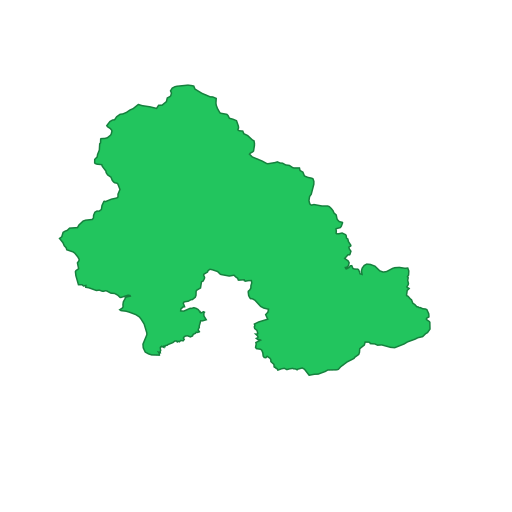 Tran Yen, Yên Bái, Vietnam, rotated 113°
{"feature_id": "81297802B887089272157", "entity_name": "Tran Yen", "entity_type": "district", "adm_level": 2, "iso_a3": "VNM", "parent_name": "Vietnam", "parent_adm1": "Yên Bái", "projection": "natural_earth1", "projection_center": [104.812, 21.705], "detail": "fine", "context": "isolated", "style": "filled", "palette": "green", "viewbox_px": 512, "rotation_deg": 113, "n_neighbors": 0, "source": "geoboundaries", "source_scale": "gbopen_adm2", "svg_char_len": 6142}
<svg xmlns="http://www.w3.org/2000/svg" viewBox="0 0 512 512"><g transform="rotate(113 256 256)"><path d="M387.8,313.4L385.0,306.2L383.4,307.0L382.6,308.2L382.4,306.3L381.5,306.9L380.3,306.8L377.9,308.3L376.9,308.3L376.5,307.3L375.9,307.4L376.1,305.1L375.0,305.5L375.0,304.4L373.9,304.5L372.8,302.8L372.1,302.6L368.2,298.7L366.0,297.5L365.3,295.9L365.9,294.9L365.0,294.4L364.9,293.0L363.2,292.3L362.5,289.9L360.8,289.5L360.0,290.7L359.3,290.8L357.9,290.2L357.2,289.6L356.2,287.9L356.1,284.8L354.4,283.2L352.6,283.2L350.9,281.6L349.5,281.3L349.4,280.3L347.9,278.5L347.6,278.6L347.1,280.0L346.0,280.5L343.9,280.3L342.6,280.9L337.2,281.6L336.6,279.9L334.1,276.9L331.8,280.2L330.7,281.0L328.6,281.7L327.9,281.5L327.8,282.5L329.7,284.2L329.9,285.0L329.7,285.6L328.9,285.8L328.9,286.5L327.9,288.3L327.6,290.6L327.9,293.0L329.4,294.8L329.9,296.2L335.0,301.0L336.0,303.9L334.6,304.3L333.6,304.4L332.7,303.7L331.8,303.6L330.6,301.9L327.9,304.5L326.8,304.4L326.1,303.9L324.0,300.6L321.7,298.9L320.9,297.5L317.7,295.8L315.6,295.9L311.8,297.4L310.5,297.1L307.1,294.6L301.5,296.0L300.9,296.0L299.7,294.9L296.9,294.7L295.7,295.0L294.2,296.7L293.2,296.9L289.7,294.4L288.1,294.4L286.2,293.2L285.7,290.7L285.3,285.3L286.7,281.8L286.7,281.0L284.9,272.8L282.3,268.8L283.4,265.8L283.6,264.2L285.0,263.0L285.0,262.5L282.5,257.6L283.3,257.1L283.3,255.9L281.7,253.5L280.4,250.7L282.4,249.4L285.2,249.1L287.6,248.2L289.8,248.5L291.4,249.3L292.2,249.1L295.3,247.3L296.8,245.5L297.4,244.4L296.8,242.7L297.1,239.7L300.6,232.0L300.9,228.5L300.1,223.7L303.1,223.1L306.2,224.2L309.6,220.5L315.6,227.7L319.3,230.9L320.7,229.7L321.9,229.9L323.3,228.8L324.1,226.0L326.6,224.1L326.9,224.0L327.5,224.6L328.0,225.8L328.8,223.6L329.7,222.5L330.4,222.3L331.7,223.5L332.2,221.6L331.5,219.5L331.6,218.9L335.7,222.3L337.0,221.4L340.3,220.7L341.1,219.4L340.1,215.5L340.4,214.0L342.5,211.9L345.3,210.3L346.2,208.8L345.8,207.2L344.0,206.6L344.6,203.4L345.4,202.0L347.4,201.0L348.8,197.1L351.0,196.0L351.2,195.3L350.8,194.5L351.6,193.7L351.5,192.5L352.5,191.3L349.8,188.4L348.3,186.0L348.5,183.2L346.8,181.1L345.1,178.3L345.1,177.0L344.5,175.8L344.7,173.7L343.8,173.3L341.0,169.7L341.3,167.1L345.0,160.5L342.0,156.0L340.4,152.6L335.2,147.1L332.9,145.4L329.2,137.2L328.1,135.9L324.9,134.8L318.0,130.8L312.0,125.8L310.6,125.5L306.5,123.0L304.3,123.1L300.8,124.3L295.6,121.5L292.6,121.9L291.2,118.5L291.3,117.4L292.0,116.5L290.5,112.3L290.6,109.3L288.7,105.5L287.5,96.4L286.2,92.5L279.1,85.3L275.9,83.0L270.3,77.0L268.0,75.1L265.1,71.1L261.2,69.5L259.5,68.2L255.3,67.3L249.1,70.1L248.6,70.8L248.1,73.5L247.5,74.6L246.0,74.3L244.7,73.1L244.1,73.2L241.7,74.4L238.6,77.8L238.6,79.4L239.4,81.9L239.3,84.6L239.8,85.8L239.5,87.1L239.9,88.1L238.6,90.9L238.2,93.2L235.5,95.8L235.2,97.2L233.7,100.2L233.6,101.8L233.3,102.1L228.6,103.4L226.1,102.3L225.9,103.0L226.0,104.3L225.5,105.1L223.0,104.7L221.8,104.9L219.1,106.9L216.6,107.4L215.9,108.5L214.0,108.1L210.1,109.5L207.8,111.6L209.1,114.0L210.5,119.6L212.5,123.6L213.9,125.3L219.3,129.7L221.1,132.6L221.3,136.3L218.9,142.5L219.1,147.5L220.2,150.9L222.4,152.7L225.7,153.5L228.6,153.1L231.5,151.2L231.7,153.4L230.3,154.3L228.5,156.4L228.4,157.3L229.5,160.1L229.6,161.9L227.5,164.1L228.1,165.2L230.0,165.7L232.5,167.6L232.6,168.4L231.7,169.3L230.9,168.0L228.9,167.1L225.9,167.6L224.5,169.3L223.6,173.4L218.9,171.8L218.3,170.3L217.8,170.2L214.5,170.5L213.1,172.8L211.6,174.0L209.7,172.7L209.1,172.9L206.6,176.6L204.5,178.1L204.2,179.7L202.1,180.9L201.4,181.8L201.2,185.7L203.4,188.8L204.0,190.4L203.8,191.1L201.5,191.9L199.9,193.0L199.2,192.5L196.9,189.5L195.3,189.1L191.6,189.3L191.3,189.7L191.8,192.8L190.9,195.0L190.0,196.1L186.9,198.2L185.9,201.1L184.3,202.7L182.9,205.2L181.9,207.9L182.0,209.6L184.2,214.8L186.0,222.8L187.6,224.9L187.0,226.9L184.3,228.9L180.4,229.9L177.5,229.3L167.4,230.8L164.7,231.9L162.7,233.7L162.6,234.9L163.4,239.1L163.4,242.7L160.5,245.6L160.1,248.9L158.0,250.4L160.2,255.6L160.3,256.9L159.6,260.7L160.6,264.3L160.2,267.8L161.0,270.1L161.0,273.1L162.6,275.0L166.5,281.2L166.7,282.4L166.2,287.4L166.3,298.1L164.8,301.8L163.7,301.5L161.5,299.8L160.3,299.3L155.0,300.6L153.0,301.4L150.8,302.8L150.6,304.7L148.4,310.7L148.2,315.0L146.2,317.0L147.2,320.1L147.2,321.4L146.7,322.1L144.9,322.1L143.3,323.0L139.1,326.8L139.1,330.7L139.6,334.3L137.6,336.7L137.0,338.2L138.4,344.4L138.2,345.3L135.4,349.0L132.9,351.4L131.0,352.6L126.5,354.2L126.5,358.0L127.4,360.4L127.4,369.3L126.2,377.4L123.9,379.7L124.3,381.9L125.3,385.4L130.7,395.2L131.9,396.8L134.2,398.7L137.4,399.2L139.0,397.5L141.6,397.1L142.6,397.3L145.2,399.4L148.9,398.8L153.9,401.4L155.3,404.5L159.0,405.2L160.1,411.8L162.1,419.6L162.5,423.5L168.4,426.7L170.8,429.0L174.4,431.3L177.2,434.0L178.7,436.5L182.3,438.7L185.9,439.4L186.9,441.2L189.3,443.0L194.3,444.3L195.0,443.2L195.6,439.9L196.6,438.0L197.4,437.4L200.4,436.9L201.7,437.1L205.2,439.0L206.8,441.0L208.5,444.5L208.9,444.7L212.6,443.3L213.8,443.7L219.7,441.6L224.5,441.5L226.8,440.9L230.1,442.2L233.3,440.9L233.7,440.2L233.6,438.3L232.2,433.7L233.5,432.5L236.5,427.3L237.8,426.5L239.3,424.3L240.1,420.3L242.6,417.8L243.5,416.0L243.8,414.7L243.3,412.4L243.7,411.3L247.9,407.2L253.0,407.2L255.5,406.1L257.0,406.8L260.2,411.3L264.7,415.8L264.9,417.1L265.2,417.3L269.6,417.5L273.6,416.5L276.0,417.9L276.8,420.0L278.7,421.4L282.0,421.4L284.5,420.5L286.3,420.9L289.6,426.8L291.4,428.8L296.6,431.1L299.6,431.4L303.2,438.5L306.1,439.7L307.7,441.4L309.6,442.8L314.3,442.3L316.6,443.7L319.2,438.9L321.5,436.5L322.5,434.1L324.2,432.6L323.7,426.0L324.2,423.9L326.5,419.6L328.3,417.4L329.4,417.1L332.1,417.7L337.0,414.3L339.8,416.0L341.0,416.1L344.5,414.1L351.8,408.2L350.4,404.8L351.0,403.0L349.6,401.1L351.3,400.5L350.6,397.6L350.1,389.4L348.6,386.9L348.5,383.8L348.1,382.6L346.7,380.9L346.5,379.6L346.9,375.1L345.7,371.4L346.1,367.8L347.2,365.0L347.0,364.2L342.0,358.4L341.6,356.5L342.1,356.0L344.1,358.9L345.6,360.1L346.2,359.8L350.0,360.2L352.7,359.5L354.7,358.5L355.9,358.6L358.7,360.4L359.0,358.9L357.6,354.1L357.2,350.8L356.9,343.7L357.7,339.4L359.2,336.8L362.3,332.4L369.4,326.5L371.1,325.7L381.3,325.6L384.6,323.9L387.7,320.4L388.1,316.7L387.8,313.4Z" fill="#22c55e" stroke="#15803d" stroke-width="1.5"/></g></svg>